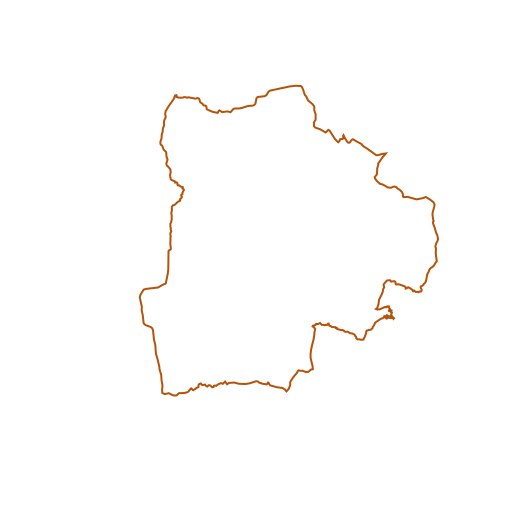 the district of Visinesti, Dâmbovita, Romania, rotated 214°
{"feature_id": "2599482B49145117460111", "entity_name": "Visinesti", "entity_type": "district", "adm_level": 2, "iso_a3": "ROU", "parent_name": "Romania", "parent_adm1": "Dâmbovita", "projection": "albers", "projection_center": [25.566, 45.128], "detail": "fine", "context": "isolated", "style": "outline", "palette": "amber", "viewbox_px": 512, "rotation_deg": 214, "n_neighbors": 0, "source": "geoboundaries", "source_scale": "gbopen_adm2", "svg_char_len": 6151}
<svg xmlns="http://www.w3.org/2000/svg" viewBox="0 0 512 512"><g transform="rotate(214 256 256)"><path d="M412.7,342.6L412.2,342.2L412.0,339.1L412.2,331.0L411.9,325.6L410.7,322.9L408.8,321.1L408.4,320.3L407.8,316.8L407.1,315.4L405.2,312.9L404.6,309.9L402.9,306.8L401.9,303.7L400.1,300.7L399.1,297.2L397.9,295.5L396.8,295.0L395.4,295.0L392.6,292.9L391.3,292.4L389.1,292.1L388.4,291.7L385.9,288.5L383.2,286.4L382.2,282.9L381.4,281.8L380.7,281.2L377.4,280.6L375.4,279.9L373.7,277.9L372.3,274.7L369.6,272.0L368.4,271.8L364.9,272.5L364.5,272.3L364.1,271.7L363.3,272.5L362.4,272.7L361.8,272.3L361.0,271.2L360.4,270.8L359.3,271.6L357.3,271.4L355.3,272.2L354.9,271.8L354.6,270.8L352.9,270.7L352.6,270.0L352.4,267.3L351.6,266.4L352.1,265.0L352.0,264.5L351.6,264.0L350.9,263.9L350.4,263.3L350.3,262.6L350.7,260.6L350.5,260.0L350.0,259.8L349.9,259.2L351.1,257.2L352.0,253.1L353.2,251.4L353.2,249.6L351.2,246.8L350.4,244.4L348.7,242.6L346.2,239.0L345.7,237.4L345.2,236.6L345.1,235.0L344.9,234.6L344.3,233.9L343.5,232.5L342.2,231.5L341.6,230.3L340.0,229.1L339.7,226.7L337.8,224.7L336.9,222.9L335.8,221.4L334.1,218.5L330.5,214.2L330.5,213.5L331.3,211.8L331.3,211.2L321.1,195.6L319.3,192.1L315.6,183.1L315.6,182.3L316.8,180.8L319.6,175.1L328.8,167.2L330.3,165.3L330.2,160.4L329.9,158.4L329.1,156.6L322.2,150.0L320.5,147.1L316.7,143.5L311.6,137.5L310.5,137.1L308.7,137.0L304.0,138.2L302.5,138.2L301.4,137.9L299.9,136.9L293.9,129.7L289.6,125.8L284.6,119.3L280.0,115.5L274.2,110.1L272.5,108.0L268.1,104.4L264.6,99.9L262.0,97.3L260.7,95.7L258.9,92.3L257.0,90.0L254.4,90.5L251.6,93.5L247.3,94.0L245.2,94.9L243.8,96.2L243.2,99.0L243.0,99.3L239.4,101.9L237.2,104.0L236.3,105.7L235.9,109.7L235.5,110.1L233.6,109.6L232.9,109.7L232.6,110.6L231.9,111.9L231.6,113.3L230.4,115.1L231.4,116.7L231.6,117.6L230.8,119.2L230.2,119.5L229.0,118.9L227.6,119.4L226.4,120.9L224.9,120.4L223.4,120.5L222.9,122.5L221.6,123.1L218.9,122.7L218.0,123.7L218.3,124.8L217.9,125.5L216.3,126.2L215.9,127.9L214.0,131.0L212.0,131.5L211.4,134.6L208.2,133.5L207.5,135.6L203.3,138.9L198.7,140.5L193.0,144.1L189.8,147.2L185.8,152.3L184.4,153.0L182.1,152.8L181.0,153.4L179.4,153.6L175.3,155.6L175.3,157.8L174.7,157.9L173.5,157.2L171.8,156.7L165.0,159.0L160.3,161.4L157.5,161.5L155.0,160.8L154.6,164.3L155.4,168.0L157.1,170.5L157.3,173.1L157.3,176.6L156.7,182.1L157.0,183.9L156.7,185.0L154.6,185.9L153.1,187.0L150.0,187.6L148.4,188.6L148.0,189.0L146.8,192.8L145.6,193.9L147.5,196.3L153.7,202.0L156.0,205.3L157.8,208.9L159.6,213.3L161.5,218.7L163.2,222.5L164.5,224.7L166.2,228.7L168.4,229.4L169.7,229.2L169.9,229.9L168.1,232.0L168.2,233.3L166.5,234.3L165.4,236.3L162.9,235.7L161.4,236.7L160.4,237.0L159.8,237.9L158.9,238.3L158.4,238.9L158.5,240.1L157.9,240.6L156.8,239.5L156.0,239.2L154.9,239.7L153.4,239.5L150.6,241.3L149.6,240.8L149.2,241.0L149.0,241.6L148.3,241.5L147.8,240.9L143.4,242.4L143.1,243.0L141.5,243.3L140.6,242.9L139.6,243.1L137.7,244.5L134.7,244.7L132.5,245.7L130.4,245.9L129.7,245.7L129.3,245.2L127.9,245.0L127.3,244.6L126.9,243.9L125.1,243.7L123.3,245.0L122.6,245.0L120.2,246.7L120.8,250.4L121.5,253.5L122.4,255.0L122.4,256.2L121.8,256.7L121.3,257.7L119.6,259.0L119.0,261.2L119.5,262.3L119.4,264.2L119.9,267.5L117.4,273.8L116.1,275.3L116.0,276.1L115.5,276.7L115.8,277.0L116.0,278.0L115.0,278.2L115.0,277.5L113.0,277.0L112.3,277.8L112.3,278.6L109.3,280.2L109.9,280.7L110.6,280.8L111.0,279.7L111.8,280.1L112.2,279.6L112.9,279.4L112.9,278.5L114.2,278.0L114.6,278.0L114.3,278.7L114.6,279.9L114.5,280.2L111.6,280.2L111.5,280.8L111.2,281.1L108.3,281.6L106.9,280.8L106.8,281.6L109.7,282.0L110.2,282.5L111.1,282.9L111.6,284.8L112.2,284.6L113.6,285.4L113.5,285.9L113.0,286.4L113.2,286.7L114.3,286.2L114.1,285.3L114.3,285.0L115.1,284.8L115.3,285.0L115.4,287.0L117.1,287.6L117.5,288.4L118.2,287.7L118.4,288.0L119.0,287.7L119.7,286.0L120.5,286.0L123.6,281.0L125.6,279.4L126.9,279.2L126.4,280.4L127.5,284.6L129.5,288.5L130.3,294.2L130.9,297.2L132.1,299.8L132.2,301.7L134.1,303.4L134.3,304.2L133.8,308.7L133.4,309.3L131.2,310.9L129.6,310.3L127.3,312.5L126.0,312.5L124.4,310.8L123.6,310.9L122.5,312.0L120.2,312.9L115.9,313.9L114.5,313.8L113.9,313.0L113.7,313.7L112.9,313.6L112.9,314.2L112.3,315.2L109.4,315.5L106.8,315.3L106.2,314.6L105.9,314.6L105.3,315.8L103.5,315.5L101.9,316.7L100.9,316.9L100.6,318.0L99.4,318.7L99.2,319.1L99.3,319.8L100.0,320.9L101.6,321.7L102.2,322.4L102.2,323.4L101.6,324.1L101.1,325.7L101.3,326.6L100.9,328.0L100.9,329.6L101.7,331.9L103.8,336.6L104.1,339.8L104.7,342.0L104.4,344.0L103.6,345.5L103.1,347.5L103.4,351.1L103.1,352.6L108.4,358.6L111.0,362.9L112.7,364.2L113.8,367.8L113.8,369.3L114.5,371.8L117.2,374.5L119.7,376.0L123.4,379.2L127.3,381.9L128.3,383.3L128.2,384.1L129.9,385.7L133.0,389.2L134.0,391.2L135.8,396.6L136.7,398.4L138.8,399.8L143.1,400.1L148.2,399.9L149.9,397.4L154.6,392.7L163.4,389.8L166.3,387.5L167.3,387.4L169.1,389.7L170.7,390.6L173.6,391.2L176.9,391.1L177.9,391.6L180.1,391.0L181.2,389.9L182.2,388.1L185.3,386.4L187.4,386.5L191.6,386.0L193.3,385.2L197.1,385.6L200.5,386.7L201.7,387.8L201.4,391.1L203.7,395.3L204.4,396.1L205.6,399.9L206.4,400.9L206.3,408.6L205.7,413.6L208.4,411.3L211.3,407.8L212.7,406.8L223.9,407.2L228.0,407.0L231.6,407.8L236.7,407.2L240.9,407.0L241.3,406.6L241.6,405.4L241.7,402.4L242.9,401.5L244.1,401.7L248.0,403.3L251.0,405.1L251.0,404.3L249.4,402.3L249.7,401.4L251.6,399.9L251.1,397.9L251.4,396.3L255.6,397.0L265.2,401.1L266.0,401.1L266.6,401.0L267.0,398.5L267.4,397.3L273.3,397.0L278.7,395.6L280.5,396.0L282.6,399.0L282.8,402.4L285.9,406.9L289.0,409.2L291.4,412.6L294.1,413.5L299.8,414.1L303.7,416.4L305.6,416.8L309.6,420.0L312.4,421.8L313.9,422.0L318.3,419.3L322.9,415.4L336.9,400.9L337.5,399.1L337.3,395.3L338.2,393.3L343.5,388.8L343.9,387.3L341.6,381.7L342.0,380.0L342.9,378.7L345.5,376.8L347.3,375.0L350.6,370.7L352.7,368.7L356.1,366.4L357.0,365.2L357.5,361.0L360.7,359.8L364.4,356.4L367.7,356.3L368.1,355.3L367.8,353.2L372.7,351.2L378.9,350.1L381.0,352.4L382.2,352.3L383.6,351.6L385.6,352.3L388.0,352.2L391.1,354.6L392.5,354.5L394.3,352.5L400.8,349.8L401.6,348.7L403.6,348.1L404.5,347.5L405.6,346.0L409.0,343.9L410.5,343.5L411.7,344.8L412.1,344.8L412.8,343.9L412.7,342.6Z" fill="none" stroke="#b45309" stroke-width="2"/></g></svg>